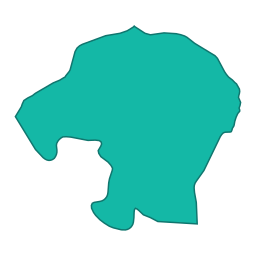 Kinshasa City, Natural Earth projection
{"feature_id": "COD-1884", "entity_name": "Kinshasa City", "entity_type": "Neutral City", "adm_level": 1, "iso_a3": "COD", "parent_name": "Democratic Republic of the Congo", "parent_adm1": "", "projection": "natural_earth1", "projection_center": [15.874, -4.486], "detail": "fine", "context": "isolated", "style": "filled", "palette": "teal", "viewbox_px": 256, "rotation_deg": 0, "n_neighbors": 0, "source": "natural_earth", "source_scale": "10m", "svg_char_len": 1755}
<svg xmlns="http://www.w3.org/2000/svg" viewBox="0 0 256 256"><path d="M15.4,116.6L21.4,106.7L22.2,104.2L23.9,100.5L27.9,97.9L32.3,95.7L35.4,93.3L53.4,82.8L59.7,80.2L63.6,77.8L65.0,77.1L65.7,75.9L69.2,71.5L70.1,69.9L75.1,51.5L77.1,48.0L79.6,45.8L82.4,44.3L105.7,35.7L112.8,34.5L120.0,33.3L127.2,30.8L133.4,27.0L134.2,26.1L134.7,26.6L145.0,33.3L150.4,34.8L164.0,32.9L176.2,33.7L180.7,34.7L184.6,36.0L187.1,37.4L194.6,43.3L215.1,55.8L217.4,58.3L224.6,71.8L226.3,74.3L228.5,77.0L232.4,80.0L234.9,82.6L236.5,83.9L239.4,89.1L239.7,91.4L239.4,93.4L238.8,95.5L238.5,97.5L240.6,102.4L240.0,105.5L239.1,108.1L239.7,110.0L239.7,111.2L237.8,113.5L236.1,117.2L234.8,121.3L234.2,124.6L233.9,125.9L232.4,128.3L232.0,129.9L231.5,131.1L231.3,131.6L230.4,132.0L225.2,132.2L223.4,132.8L221.7,134.5L220.3,136.6L203.9,170.5L196.2,181.3L195.0,183.3L194.3,185.5L194.1,187.8L194.5,192.5L196.3,202.5L197.2,223.9L157.8,221.5L150.4,217.6L143.4,214.8L138.9,210.5L137.0,209.0L135.4,208.3L134.4,209.8L134.1,212.2L133.9,217.7L133.4,222.2L132.8,224.3L132.2,225.4L131.2,226.9L129.5,228.4L127.5,229.4L125.4,229.9L121.3,229.8L113.3,227.8L109.3,226.2L104.2,223.0L99.9,219.7L95.7,215.4L93.6,212.5L91.6,208.3L91.4,205.4L92.3,203.3L94.1,202.4L100.0,201.4L101.9,200.9L103.7,200.0L105.4,198.5L106.8,196.6L107.6,194.5L108.0,192.2L108.7,183.0L109.5,178.7L112.3,170.2L112.5,168.1L110.9,165.3L108.0,162.0L100.9,156.7L98.8,153.4L98.2,150.6L100.8,146.1L101.6,144.0L101.2,142.1L99.4,140.6L95.1,140.1L88.0,140.4L70.9,137.1L66.2,136.7L62.8,136.9L61.0,138.0L59.2,139.5L57.8,141.3L56.7,143.4L56.4,145.5L56.9,150.0L56.9,152.3L56.4,154.5L55.5,156.5L54.3,158.3L52.6,159.5L50.8,160.2L48.9,160.4L47.0,160.0L45.1,159.1L43.1,157.6L35.5,149.5L15.4,116.6Z" fill="#14b8a6" stroke="#0f766e" stroke-width="1.5"/></svg>